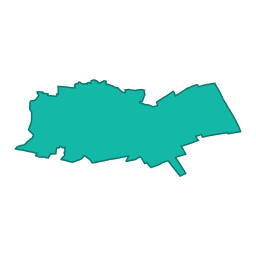 the district of Viisoara, Vaslui, Romania
{"feature_id": "2599482B20766138756023", "entity_name": "Viisoara", "entity_type": "district", "adm_level": 2, "iso_a3": "ROU", "parent_name": "Romania", "parent_adm1": "Vaslui", "projection": "natural_earth1", "projection_center": [27.881, 46.387], "detail": "fine", "context": "isolated", "style": "filled", "palette": "teal", "viewbox_px": 256, "rotation_deg": 0, "n_neighbors": 0, "source": "geoboundaries", "source_scale": "gbopen_adm2", "svg_char_len": 5492}
<svg xmlns="http://www.w3.org/2000/svg" viewBox="0 0 256 256"><path d="M228.0,133.7L240.6,131.7L239.2,127.9L237.4,124.1L235.1,119.5L232.5,114.9L231.1,112.5L229.3,109.6L228.4,108.4L227.6,106.9L226.3,104.3L225.4,102.9L224.4,101.3L222.6,98.4L221.8,96.3L219.1,90.9L217.8,88.6L216.3,86.2L214.7,83.2L214.1,83.4L204.2,85.1L203.3,85.4L198.9,86.6L198.1,85.7L197.2,84.7L196.0,84.9L195.0,85.2L193.7,85.8L193.3,85.9L191.5,86.6L189.4,87.6L188.9,88.0L188.4,88.5L187.9,87.9L185.2,89.7L175.5,95.9L175.2,95.3L174.0,92.3L173.5,91.5L173.2,91.4L171.4,92.6L168.6,94.5L167.4,95.3L166.5,95.9L163.4,97.7L156.6,102.1L157.5,105.1L157.5,105.7L153.1,106.8L151.2,106.1L148.7,105.0L147.8,104.7L147.3,104.8L146.9,104.8L145.7,104.6L144.9,104.5L141.0,103.1L139.9,102.6L139.7,102.5L139.7,101.8L140.3,101.5L140.8,101.6L141.1,101.5L142.0,101.5L142.4,101.4L142.5,100.7L144.0,96.8L144.1,96.3L144.8,94.9L144.7,94.7L144.8,94.1L144.6,93.6L144.6,93.2L144.6,92.9L144.4,92.4L144.4,91.8L144.2,91.6L144.0,90.4L144.2,90.2L143.7,90.1L143.0,90.0L142.6,89.7L142.2,89.8L141.7,89.7L140.1,89.8L139.6,89.8L137.5,90.0L137.1,90.1L136.0,90.3L135.0,90.6L134.9,90.7L134.7,90.7L134.0,90.3L133.7,90.3L133.4,90.2L131.2,90.0L128.7,89.5L127.8,89.6L126.6,89.8L125.1,89.8L125.5,92.5L125.4,92.6L123.0,92.4L121.7,91.6L120.9,90.9L120.7,90.6L118.5,88.6L117.7,87.8L117.5,87.7L116.6,87.6L115.8,87.7L115.3,87.7L112.8,86.0L112.0,85.7L111.4,85.6L109.9,84.9L108.9,84.6L107.9,84.3L105.6,83.9L106.1,82.2L106.2,81.5L105.8,81.5L105.1,81.0L104.6,80.9L104.0,80.9L103.7,80.9L103.6,81.2L103.5,81.4L103.3,81.4L102.9,81.7L102.6,81.9L102.2,81.8L101.7,81.9L101.3,82.3L101.2,82.5L100.7,82.5L100.2,82.7L100.0,82.8L99.6,83.0L99.4,82.8L98.8,82.6L97.5,81.8L96.8,81.0L96.3,80.7L96.1,80.9L95.1,80.3L94.9,80.0L94.4,79.9L94.1,80.1L93.2,80.0L93.0,80.3L92.8,80.4L91.4,80.5L91.2,80.7L90.9,82.8L90.7,83.6L90.4,83.5L89.7,82.6L87.9,82.6L87.7,83.0L87.4,83.9L86.8,83.9L86.8,83.6L86.6,83.5L85.9,83.8L83.3,84.0L82.7,83.9L82.0,83.7L81.2,83.3L80.6,82.9L80.0,82.3L79.4,82.1L79.2,82.1L78.9,82.2L78.0,82.9L77.8,83.3L77.8,83.6L76.6,83.7L76.5,83.8L76.0,83.9L75.1,84.2L75.0,84.4L74.8,84.8L74.8,85.4L74.7,85.7L74.6,86.0L74.7,86.3L75.1,87.0L75.1,87.3L74.9,87.8L74.7,87.9L71.4,87.7L66.6,87.1L58.1,86.4L58.4,94.0L57.7,94.0L57.0,93.8L56.9,94.3L56.8,94.7L56.6,95.4L56.2,96.2L55.0,96.2L47.6,95.5L48.0,93.8L42.9,93.3L43.1,92.3L42.9,92.2L41.5,92.0L37.3,91.8L37.1,92.8L37.2,93.1L37.5,93.5L37.8,93.8L38.2,94.2L38.5,95.0L38.7,95.5L38.7,96.0L37.9,96.8L37.0,98.0L36.0,99.3L35.3,99.9L34.5,100.3L33.4,100.6L31.6,100.8L31.0,100.9L30.6,101.1L30.1,102.0L30.0,102.7L30.0,103.8L30.0,104.7L29.6,107.8L29.8,108.9L30.1,109.9L30.4,110.4L31.2,111.2L31.6,111.6L31.7,112.1L31.5,113.6L31.7,114.9L31.6,118.8L31.5,120.2L31.2,122.9L30.6,124.3L30.3,125.1L29.9,125.6L29.6,127.0L29.3,127.7L28.6,129.5L28.7,130.0L32.1,133.4L32.9,134.3L33.4,135.0L33.3,135.7L33.1,136.3L32.7,136.8L32.5,137.8L32.3,138.0L32.0,138.2L31.6,138.3L31.0,138.6L30.5,139.1L29.8,139.8L27.5,141.5L25.8,143.4L24.6,144.6L24.1,144.9L22.9,145.3L21.4,145.3L20.6,145.6L20.1,145.8L18.3,146.4L17.6,146.6L16.7,147.3L15.4,148.9L16.3,149.1L19.5,149.8L19.6,149.6L19.9,149.6L23.2,150.3L26.6,151.0L27.6,151.3L32.7,152.2L36.8,153.4L35.7,155.7L37.7,156.3L37.7,156.5L39.4,157.0L40.1,157.0L41.0,157.0L41.9,157.1L42.1,157.1L42.2,156.9L42.8,156.7L43.2,157.0L43.5,157.1L43.8,157.0L44.9,157.0L45.0,157.3L45.9,157.7L46.7,157.7L48.3,158.0L48.7,157.4L48.8,157.0L48.8,156.6L49.3,156.0L49.6,155.7L49.8,155.3L49.9,154.9L49.9,154.6L50.1,154.1L50.3,154.1L51.7,154.2L52.1,153.5L53.1,154.0L53.4,154.0L55.8,153.8L56.2,150.2L56.3,149.7L56.9,147.9L57.3,147.6L57.8,147.8L58.6,147.9L58.7,147.7L59.3,147.6L59.7,146.2L60.2,146.4L60.9,146.9L61.6,147.1L62.2,147.6L62.7,147.8L64.8,147.4L65.0,151.9L64.3,152.0L64.2,152.4L64.3,153.1L64.4,153.7L64.6,154.0L64.5,154.3L64.7,154.8L64.6,155.1L64.5,155.4L64.2,155.9L62.7,157.4L61.9,158.3L61.3,159.0L61.1,159.5L63.8,160.0L69.3,161.5L72.1,162.2L72.5,162.2L73.3,162.1L74.2,161.7L76.2,160.8L77.5,160.4L78.5,160.2L80.9,159.2L81.4,158.9L81.8,158.4L82.1,158.2L82.8,157.5L83.2,157.0L83.4,156.3L84.2,155.4L85.1,156.0L85.1,156.3L85.3,156.5L85.6,156.6L85.8,156.5L88.8,158.8L89.9,159.8L91.1,161.1L92.0,162.5L92.3,163.0L94.7,162.6L99.2,161.6L102.6,161.0L104.6,160.6L106.3,160.1L108.0,159.9L108.7,159.5L109.3,159.4L110.0,159.2L112.7,159.0L113.2,158.9L114.1,158.8L115.5,158.6L118.3,158.0L119.6,157.8L121.0,157.5L122.8,157.1L123.7,157.0L126.4,156.4L128.4,156.1L128.3,156.5L126.9,159.7L126.4,160.8L126.1,161.1L126.4,161.4L131.6,160.3L132.9,160.1L134.5,159.8L135.4,159.5L135.9,159.3L136.4,159.0L137.9,157.8L138.4,157.4L138.5,157.4L138.7,157.6L141.0,157.1L144.7,163.5L146.8,162.8L147.4,163.5L148.3,164.6L151.0,167.5L152.1,167.1L152.9,166.8L154.5,166.3L156.3,165.6L157.6,165.2L158.3,164.9L159.0,164.7L161.0,163.5L161.8,163.0L162.8,162.5L167.8,160.7L167.9,160.8L168.1,160.9L170.9,164.4L172.0,165.9L174.3,168.7L175.0,169.7L180.2,176.1L185.7,173.4L185.1,172.4L184.5,171.2L184.2,170.7L183.5,169.7L181.7,166.9L177.2,159.9L175.5,157.9L176.2,157.4L176.4,157.1L178.4,156.2L179.5,156.1L180.4,155.9L184.1,154.7L185.1,154.4L185.7,154.2L185.8,154.1L184.5,151.8L181.3,146.4L183.3,145.6L188.4,144.0L193.7,142.1L198.0,140.5L198.4,140.4L198.2,140.0L197.8,139.8L196.8,138.6L196.6,138.3L196.4,137.7L195.9,136.7L195.9,136.2L196.2,136.0L196.7,136.0L197.3,135.9L198.9,135.4L199.5,135.1L200.4,134.7L201.0,134.5L201.3,134.6L201.5,134.9L202.4,136.9L202.6,137.2L206.9,136.1L209.6,135.6L219.3,133.9L226.7,132.9L227.3,132.7L227.6,132.7L228.0,133.3L228.0,133.7Z" fill="#14b8a6" stroke="#0f766e" stroke-width="1.5"/></svg>